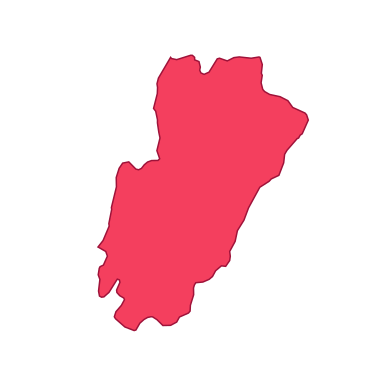 San Antonio Suchitepéquez, Suchitepéquez, Guatemala (Robinson projection), rotated 24°
{"feature_id": "79465075B26922695910316", "entity_name": "San Antonio Suchitepéquez", "entity_type": "district", "adm_level": 2, "iso_a3": "GTM", "parent_name": "Guatemala", "parent_adm1": "Suchitepéquez", "projection": "robinson", "projection_center": [-91.412, 14.514], "detail": "fine", "context": "isolated", "style": "filled", "palette": "rose", "viewbox_px": 384, "rotation_deg": 24, "n_neighbors": 0, "source": "geoboundaries", "source_scale": "gbopen_adm2", "svg_char_len": 1752}
<svg xmlns="http://www.w3.org/2000/svg" viewBox="0 0 384 384"><g transform="rotate(24 192 192)"><path d="M198.3,41.4L191.7,45.7L180.2,49.4L175.6,52.2L170.9,57.9L162.7,58.6L160.9,60.1L158.8,75.6L155.2,79.6L151.7,79.6L149.5,77.6L148.8,74.5L145.3,70.0L140.7,70.2L139.6,67.9L136.8,67.0L135.2,67.6L124.2,77.3L119.0,78.4L117.7,77.7L115.0,101.6L116.0,107.4L118.0,110.5L120.3,116.3L122.9,131.3L126.0,133.0L131.1,140.1L132.3,142.9L137.3,150.8L140.8,155.7L143.1,168.5L149.0,174.8L148.1,177.0L142.3,179.7L139.2,182.7L137.3,186.6L136.8,188.7L136.2,191.0L134.2,193.4L131.4,193.9L122.0,190.2L116.9,193.8L115.8,200.0L116.9,209.6L120.9,218.1L124.7,239.0L125.7,240.6L128.9,254.7L130.2,256.8L130.5,272.5L128.5,280.5L137.4,281.4L140.8,285.0L140.8,294.8L138.4,297.6L138.3,299.4L140.0,305.8L143.4,309.3L146.9,320.5L149.8,324.7L152.1,324.9L154.2,323.6L157.0,317.4L159.2,302.0L161.4,301.8L162.9,303.8L163.0,312.3L164.3,314.4L168.1,316.1L172.8,316.6L174.1,317.9L173.6,324.3L171.2,332.3L171.8,337.6L173.7,338.9L185.6,342.6L195.5,342.1L196.9,340.9L197.7,333.1L200.0,328.0L202.5,324.6L204.1,323.5L205.3,322.6L206.8,322.1L212.0,322.9L219.7,325.8L226.7,322.5L230.9,317.1L231.4,311.3L238.0,304.0L238.7,301.6L236.6,296.1L235.3,285.2L232.4,279.0L232.0,275.8L232.4,273.3L238.6,269.8L243.2,264.8L245.1,260.8L245.6,254.3L248.9,247.5L253.0,246.2L254.3,239.3L253.1,235.1L250.6,231.0L251.5,219.6L249.2,208.8L250.9,196.6L250.1,183.5L252.0,160.1L258.1,150.8L259.1,147.8L264.6,141.4L263.9,128.1L261.3,119.9L261.8,115.3L266.4,100.3L267.4,99.4L267.7,96.1L269.0,94.0L269.0,79.0L265.3,74.9L263.1,73.9L249.6,73.8L242.5,69.6L233.7,69.1L223.3,71.3L217.5,70.7L214.9,69.5L210.7,64.1L208.7,56.8L207.1,55.4L204.4,47.0L199.4,41.4L198.3,41.4Z" fill="#f43f5e" stroke="#9f1239" stroke-width="1.5"/></g></svg>